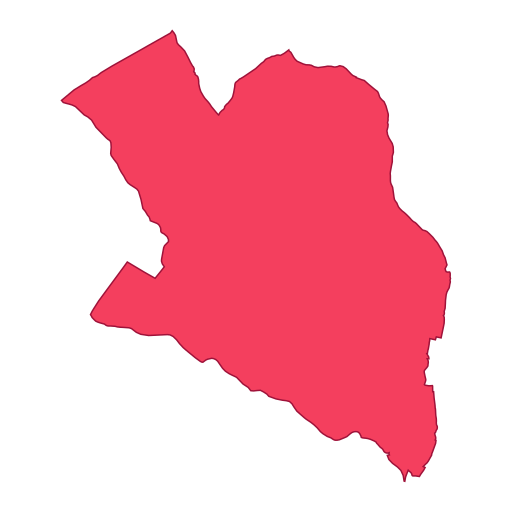 Paltinoasa, Suceava, Romania (Albers equal-area conic projection)
{"feature_id": "2599482B31508452360493", "entity_name": "Paltinoasa", "entity_type": "district", "adm_level": 2, "iso_a3": "ROU", "parent_name": "Romania", "parent_adm1": "Suceava", "projection": "albers", "projection_center": [25.986, 47.548], "detail": "fine", "context": "isolated", "style": "filled", "palette": "rose", "viewbox_px": 512, "rotation_deg": 0, "n_neighbors": 0, "source": "geoboundaries", "source_scale": "gbopen_adm2", "svg_char_len": 5981}
<svg xmlns="http://www.w3.org/2000/svg" viewBox="0 0 512 512"><path d="M419.4,476.5L420.7,474.3L423.6,470.3L425.1,467.5L423.2,466.6L425.5,464.2L426.8,463.1L428.3,461.1L429.3,459.3L431.6,455.2L431.8,453.5L432.2,452.8L435.6,443.4L436.0,440.3L435.2,440.0L435.8,438.1L435.5,436.5L435.2,435.7L434.7,433.8L434.7,433.1L435.2,432.8L435.6,432.2L436.2,430.3L437.1,429.0L437.3,427.7L437.3,426.9L437.2,426.2L436.9,425.6L436.7,425.2L436.5,424.7L436.4,423.9L436.3,422.5L436.4,421.1L436.3,418.7L435.8,415.6L435.7,414.0L435.5,409.7L435.4,408.6L435.2,408.2L435.0,405.1L434.1,398.0L433.6,391.7L432.7,391.7L432.6,386.0L432.4,385.6L431.0,385.7L429.1,385.8L428.2,385.7L425.3,385.2L424.8,385.0L424.4,384.6L425.5,381.3L425.8,380.0L425.7,379.1L425.0,376.1L424.3,372.7L424.2,371.2L424.5,370.4L425.3,369.4L426.9,367.5L427.9,366.0L428.1,363.6L428.3,362.8L428.2,361.2L428.1,360.6L427.2,358.7L428.9,358.7L428.7,357.0L426.8,353.6L427.4,353.4L427.9,350.2L428.3,349.0L429.1,344.4L429.3,342.2L429.7,340.7L429.7,339.7L429.8,338.6L435.4,339.8L436.3,336.9L441.1,337.9L443.2,327.9L444.1,323.4L444.3,319.7L444.2,317.3L443.4,315.4L443.9,315.1L444.2,314.3L444.4,313.2L444.2,311.4L444.6,310.0L445.1,308.3L445.4,303.3L445.5,300.4L446.2,294.6L446.9,292.1L448.1,289.7L448.9,288.4L449.2,287.6L449.4,286.7L449.8,284.2L450.1,283.0L450.3,282.1L450.3,281.4L450.0,280.1L450.5,278.6L450.2,277.3L450.1,276.6L450.2,275.9L450.2,273.7L450.1,273.0L449.6,272.0L447.4,272.1L446.2,271.7L445.7,270.8L445.1,268.7L446.7,265.5L447.0,264.9L446.5,263.3L445.1,257.8L443.5,254.7L442.2,250.9L439.5,246.5L437.6,243.2L436.4,241.6L435.1,240.2L432.9,237.3L429.1,233.5L426.9,231.5L424.9,230.6L423.1,230.2L422.2,229.7L417.5,224.8L416.4,223.6L414.9,222.4L413.4,221.6L411.6,220.0L409.5,217.6L406.5,214.6L404.4,212.7L402.1,210.9L399.8,208.6L398.5,206.9L397.5,204.7L396.9,203.1L395.4,201.1L394.5,199.6L394.0,197.2L393.5,193.4L392.6,187.3L391.0,183.8L390.6,182.5L390.4,180.7L390.4,175.8L390.2,173.4L390.5,171.2L391.4,166.2L392.3,161.8L392.3,156.0L392.8,154.6L393.4,152.3L393.2,146.9L392.2,143.4L389.0,138.1L387.4,134.2L387.4,133.3L386.9,130.9L387.9,126.9L388.1,124.4L387.5,122.8L388.1,120.1L388.0,118.6L388.3,115.4L388.2,114.0L386.0,106.1L384.1,101.8L382.0,99.9L380.3,98.0L379.6,96.8L378.4,93.2L377.5,91.5L375.0,89.6L368.8,84.5L364.3,80.5L361.6,79.7L356.1,77.6L356.3,77.1L352.8,75.5L351.1,74.0L346.2,68.8L343.2,66.6L340.1,65.8L339.4,65.8L337.5,66.6L335.4,67.0L334.1,67.0L331.2,66.3L327.4,66.2L324.9,66.7L318.0,67.6L314.2,66.8L311.4,65.3L309.3,64.9L306.1,64.8L303.3,64.0L297.2,61.3L295.2,59.4L293.8,57.5L290.9,52.4L290.3,51.9L289.6,51.4L289.0,50.7L288.8,49.9L284.3,53.3L280.5,55.4L278.3,55.0L277.1,55.0L275.7,55.5L274.3,56.1L271.8,56.4L269.7,57.6L267.4,58.4L265.7,59.3L264.7,60.4L263.9,61.5L263.0,62.2L261.4,63.3L255.7,68.6L243.5,76.9L240.6,78.6L239.6,79.0L238.2,80.4L235.7,82.4L235.2,83.3L234.9,84.6L234.7,86.9L233.7,92.6L232.9,95.9L232.4,97.4L231.6,98.7L230.3,100.4L227.9,103.3L226.9,104.0L226.1,104.8L225.1,106.0L224.6,106.8L224.5,107.9L224.2,108.6L223.2,109.7L222.3,110.2L220.1,112.4L219.3,113.7L218.8,114.9L218.5,115.0L216.2,112.4L211.5,106.7L209.6,103.8L208.0,101.8L205.0,98.5L203.3,96.0L200.8,91.6L199.7,88.3L198.9,84.6L198.7,83.4L198.7,81.4L198.5,79.4L197.9,77.0L197.3,76.2L196.8,75.7L196.2,75.4L195.1,74.4L195.0,74.2L195.1,73.5L194.9,72.8L194.4,72.2L193.9,72.0L193.7,71.7L194.0,71.0L194.2,69.4L194.1,68.4L193.6,67.5L193.4,66.9L192.6,66.1L190.6,62.6L188.0,57.3L184.6,50.9L181.0,47.1L178.4,44.7L177.0,42.7L176.4,39.8L175.5,35.5L174.0,32.9L172.2,30.7L170.4,33.1L148.6,45.4L141.6,49.4L112.1,66.0L101.2,72.6L97.5,75.5L94.7,76.9L92.7,77.5L91.9,78.1L89.5,80.3L85.6,83.0L80.9,85.7L74.1,89.9L61.5,100.4L63.3,102.5L66.4,103.4L69.2,104.1L72.2,105.0L75.5,106.6L84.2,114.9L87.8,116.9L91.6,120.1L96.0,127.3L106.1,137.7L107.8,139.2L110.0,140.7L110.9,142.7L111.2,147.4L110.7,153.5L111.2,155.5L113.8,159.2L117.4,163.9L119.3,168.5L121.3,172.2L124.0,176.3L125.8,179.8L127.9,182.8L130.2,184.7L134.9,187.7L136.8,189.0L138.5,191.1L141.0,199.4L142.9,208.5L145.4,211.5L147.6,215.2L149.1,216.9L150.0,219.3L150.3,220.7L157.0,223.4L158.6,224.5L159.5,225.8L160.5,227.7L160.8,229.6L160.8,230.8L161.0,231.8L161.8,232.7L164.2,234.0L166.5,236.0L167.2,236.7L168.4,239.4L168.5,241.6L164.6,245.6L163.7,247.6L161.6,259.1L161.5,260.4L161.5,261.2L162.3,263.8L164.3,266.8L159.9,272.4L155.1,278.3L144.2,272.1L127.3,262.0L122.3,268.9L98.7,300.9L94.1,308.1L92.2,311.2L90.5,314.6L91.5,316.2L92.1,317.5L94.1,319.6L95.8,321.2L97.8,322.1L100.2,322.9L104.5,324.1L105.9,325.2L107.2,325.8L108.6,326.0L110.9,326.0L115.1,326.3L117.4,326.9L120.0,327.2L123.6,327.4L129.2,327.8L131.5,328.6L136.3,332.3L140.8,334.3L148.7,335.5L167.3,334.6L170.1,334.9L173.2,336.5L176.6,339.8L179.5,343.6L183.2,347.6L186.4,350.4L195.4,357.8L200.5,361.5L201.8,362.1L202.9,362.2L205.7,360.1L207.6,359.2L211.7,358.3L213.6,358.6L215.7,359.5L217.6,361.1L219.4,363.7L222.6,368.3L225.4,371.2L229.2,373.7L232.2,375.2L235.4,376.7L236.7,377.4L243.0,384.0L248.2,387.4L250.8,390.7L253.6,390.9L257.2,390.5L260.4,390.3L263.5,391.9L266.9,394.1L268.8,396.3L276.0,398.9L282.4,400.2L286.3,400.7L289.5,401.5L292.0,403.8L294.1,407.2L296.9,411.2L304.3,417.7L306.3,419.3L310.7,422.2L314.0,424.8L317.2,427.8L320.4,431.6L322.9,433.7L327.2,436.4L330.8,437.8L333.5,439.6L335.1,440.2L337.0,440.2L339.3,439.8L344.2,437.8L346.9,436.6L349.8,434.1L351.8,432.6L353.8,431.8L355.5,431.6L357.0,431.7L357.9,432.0L358.7,432.5L359.2,433.0L359.9,433.9L361.0,436.2L361.3,437.4L362.4,437.8L363.7,438.0L365.8,438.2L368.1,438.6L370.4,439.3L374.5,441.1L376.3,442.3L376.5,443.0L377.0,443.6L377.7,444.2L378.3,445.0L379.0,445.8L380.4,447.4L381.5,448.1L382.7,449.2L384.0,451.5L384.6,452.1L385.6,452.7L386.4,453.0L388.0,453.1L389.1,452.7L388.9,453.6L389.4,454.9L387.3,455.4L388.9,459.5L392.5,463.3L397.5,467.0L400.9,470.4L403.2,475.5L404.1,481.1L404.8,481.3L405.6,477.0L406.4,474.8L408.2,470.2L409.2,471.2L410.0,471.8L410.8,472.5L411.5,473.4L411.8,474.2L412.1,475.4L412.4,475.7L412.8,475.9L415.5,475.9L419.4,476.5Z" fill="#f43f5e" stroke="#9f1239" stroke-width="1.5"/></svg>